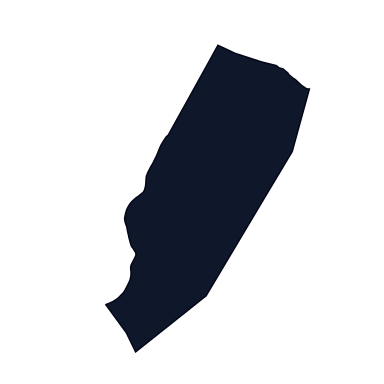 the district of Plut, Vieux Fort, Saint Lucia, rotated 223°
{"feature_id": "8701671B91261158207926", "entity_name": "Plut", "entity_type": "district", "adm_level": 2, "iso_a3": "LCA", "parent_name": "Saint Lucia", "parent_adm1": "Vieux Fort", "projection": "natural_earth1", "projection_center": [-60.96, 13.775], "detail": "fine", "context": "isolated", "style": "filled", "palette": "ink", "viewbox_px": 384, "rotation_deg": 223, "n_neighbors": 0, "source": "geoboundaries", "source_scale": "gbopen_adm2", "svg_char_len": 1616}
<svg xmlns="http://www.w3.org/2000/svg" viewBox="0 0 384 384"><g transform="rotate(223 192 192)"><path d="M178.1,50.8L144.1,44.3L124.2,36.6L110.9,125.7L134.1,233.0L146.3,289.9L176.4,347.4L178.5,345.6L184.7,344.7L193.0,344.7L195.7,344.2L201.0,343.9L202.9,344.4L209.5,344.1L212.9,342.2L216.4,342.0L230.2,334.4L255.3,322.7L273.1,317.0L268.6,299.3L247.9,216.2L248.3,216.2L248.5,215.2L248.3,213.7L248.2,213.2L247.8,210.7L247.6,209.6L247.4,208.7L247.1,207.3L246.7,205.4L246.2,203.9L245.8,202.6L245.0,200.6L244.6,199.4L243.8,197.5L242.3,193.2L241.2,189.5L240.5,187.3L239.9,184.8L239.5,182.9L239.3,182.0L238.8,180.3L238.3,178.5L237.6,176.2L236.8,174.1L236.3,172.8L235.7,171.8L234.9,170.7L233.9,169.5L232.7,168.1L231.6,166.8L230.4,165.1L229.6,163.9L228.9,162.6L228.2,161.2L227.6,159.5L227.5,158.2L227.9,155.8L228.4,151.9L228.9,150.1L229.1,148.2L229.3,146.6L229.4,144.8L229.4,143.2L229.3,141.0L228.9,139.0L228.5,137.1L227.8,134.9L227.2,133.5L226.1,131.3L225.4,130.1L224.9,129.3L223.3,126.7L221.9,125.5L220.5,124.5L217.7,122.9L215.7,121.9L213.4,120.1L210.8,118.3L208.7,116.9L206.8,115.5L205.3,114.6L202.5,112.8L200.4,111.6L198.7,110.9L197.3,110.7L196.0,110.5L194.1,109.8L192.3,109.5L191.4,109.0L190.3,108.0L189.8,107.4L189.2,105.6L188.5,103.3L187.9,101.0L187.2,98.7L186.6,96.8L186.0,95.9L184.8,94.3L183.5,93.2L182.2,92.1L180.9,90.7L179.6,89.1L178.3,87.1L177.2,85.1L176.6,83.3L176.0,81.4L175.3,79.1L174.5,76.2L173.7,73.0L173.5,71.1L173.5,69.7L173.6,68.3L173.6,65.9L173.7,64.2L173.9,62.7L174.6,59.7L175.1,57.9L175.5,57.0L176.1,55.5L177.0,53.4L178.0,51.5L178.1,50.8Z" fill="#0f172a" stroke="#020617" stroke-width="1.5"/></g></svg>